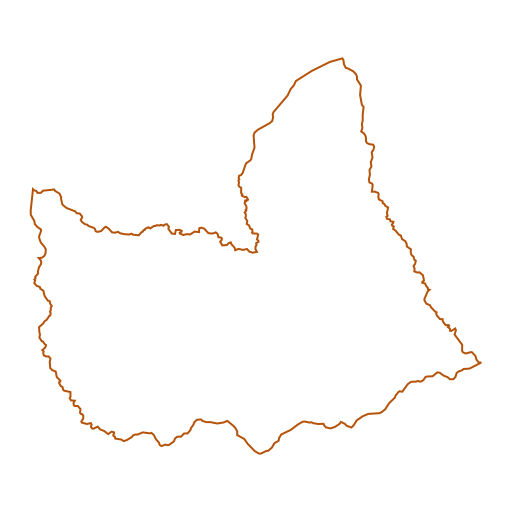 the district of Nipepe, Niassa, Mozambique
{"feature_id": "85939544B55402666252817", "entity_name": "Nipepe", "entity_type": "district", "adm_level": 2, "iso_a3": "MOZ", "parent_name": "Mozambique", "parent_adm1": "Niassa", "projection": "mercator", "projection_center": [37.842, -13.907], "detail": "fine", "context": "isolated", "style": "outline", "palette": "amber", "viewbox_px": 512, "rotation_deg": 0, "n_neighbors": 0, "source": "geoboundaries", "source_scale": "gbopen_adm2", "svg_char_len": 5984}
<svg xmlns="http://www.w3.org/2000/svg" viewBox="0 0 512 512"><path d="M329.9,61.9L311.8,70.9L295.9,81.0L293.9,85.3L290.7,89.0L287.6,95.5L273.5,112.1L272.7,114.2L273.1,117.5L272.2,121.0L269.8,123.1L257.9,129.7L254.5,132.7L253.6,135.5L254.5,147.7L252.1,154.4L251.2,159.1L250.3,160.4L246.0,163.4L242.6,173.1L241.0,175.1L239.1,175.7L238.6,178.2L239.3,179.3L238.4,180.7L239.0,182.4L238.5,185.1L239.4,186.8L241.2,187.7L241.1,193.1L242.3,194.4L241.8,195.6L244.8,197.1L246.3,196.8L248.0,199.4L247.7,200.1L246.5,200.1L246.3,201.1L245.1,200.7L244.7,203.4L246.4,206.4L246.5,208.9L245.6,210.0L246.2,210.6L244.7,212.6L245.6,213.5L245.9,216.3L245.3,217.9L247.3,221.0L246.7,223.9L249.1,225.5L250.1,228.4L252.2,229.4L252.5,231.6L252.0,232.5L252.6,233.4L256.8,233.6L258.2,234.5L257.0,239.5L258.3,240.7L258.5,241.8L256.1,243.2L256.5,245.1L255.6,246.5L255.4,248.9L256.9,251.9L252.4,252.7L249.3,251.6L247.0,249.0L243.1,249.9L238.5,248.9L235.2,250.2L234.7,247.9L231.3,244.0L230.8,242.4L228.9,243.0L226.8,245.0L222.3,245.4L220.2,241.7L221.6,239.9L221.9,238.4L221.1,237.6L218.4,237.2L217.7,234.1L216.3,232.7L215.4,232.4L213.8,233.3L210.9,233.5L208.3,233.1L204.2,228.6L201.2,227.7L199.3,228.2L199.0,232.1L194.6,231.6L190.0,234.5L187.1,234.1L183.4,235.0L179.9,233.6L179.7,232.7L181.5,231.7L181.7,230.8L179.7,229.9L175.9,230.0L175.0,233.9L171.9,233.6L168.7,229.4L168.4,228.3L169.0,226.8L166.8,224.1L164.3,224.8L163.5,225.8L161.0,224.8L159.8,225.5L156.7,225.2L155.4,226.0L154.1,225.9L150.2,228.4L148.4,227.3L145.2,228.8L144.7,230.0L143.6,230.1L142.7,231.7L141.6,232.1L138.8,235.3L133.0,234.7L131.5,233.7L129.3,234.5L124.5,234.2L120.0,233.2L118.0,231.8L115.0,232.7L112.1,232.4L108.5,228.5L106.0,226.8L104.7,227.3L101.1,231.1L97.5,231.9L95.7,231.2L94.8,228.7L93.7,227.8L88.5,226.0L87.4,224.8L84.8,224.1L81.8,221.8L80.7,219.8L82.1,217.7L82.1,216.5L79.7,213.5L76.8,213.3L75.1,211.3L66.5,208.0L62.4,204.6L61.0,198.6L61.2,197.2L59.5,193.6L55.2,191.0L54.2,189.5L42.9,190.7L41.0,192.8L37.5,192.9L36.3,190.9L34.0,190.3L33.0,189.2L30.7,210.4L30.8,214.8L34.4,221.1L34.8,224.0L37.4,227.0L41.0,229.5L40.9,231.5L39.1,236.2L39.3,238.4L40.8,242.5L44.5,246.9L45.8,249.5L45.5,253.5L44.3,255.9L42.0,257.7L38.7,258.0L40.8,260.4L41.3,262.2L40.9,264.3L39.0,267.2L37.9,271.5L38.0,273.6L35.2,276.8L35.5,278.5L34.4,279.4L35.1,280.5L34.3,283.0L36.5,285.7L39.8,287.0L40.4,288.8L43.3,290.6L44.6,295.9L47.7,300.5L49.7,301.2L50.3,304.0L51.8,306.0L50.7,307.7L50.8,310.2L50.0,311.7L50.7,313.1L50.3,315.4L49.4,315.7L46.7,319.8L44.8,321.0L43.0,323.7L39.1,327.1L39.3,331.9L40.0,334.6L39.4,337.6L41.8,341.3L43.0,341.5L44.6,344.0L46.1,345.1L45.3,347.5L42.3,350.1L43.6,351.3L43.2,353.0L43.9,355.4L46.3,356.5L48.6,356.4L50.5,358.6L49.7,361.9L50.3,368.2L52.4,370.2L55.7,371.5L56.8,377.1L60.3,380.6L60.3,381.5L59.1,382.2L59.2,383.2L60.8,386.1L62.5,387.0L63.3,390.0L64.5,390.8L70.4,392.0L70.5,396.7L69.7,398.4L71.1,400.4L74.8,400.7L73.5,402.9L73.8,405.2L74.9,406.1L77.8,406.0L80.5,409.1L80.0,412.7L81.1,414.1L82.3,414.2L83.3,415.9L83.2,418.6L81.3,421.5L81.8,422.6L87.0,424.0L90.8,423.1L91.6,424.6L90.9,426.8L92.3,428.6L93.4,428.7L97.7,426.6L100.1,429.4L104.4,431.1L108.2,434.1L111.5,431.7L113.8,432.2L114.2,433.2L113.2,435.1L113.8,436.2L114.8,436.5L115.3,438.6L121.2,439.5L123.8,441.1L127.0,440.0L131.9,437.0L132.9,435.5L135.3,434.5L137.4,434.6L142.8,432.4L150.1,433.4L151.5,432.9L154.0,435.2L155.8,439.0L158.9,442.6L159.7,444.9L161.6,446.1L165.4,444.6L167.8,445.2L169.2,444.8L173.9,441.4L175.1,438.4L177.3,436.7L181.0,436.7L184.0,433.5L187.6,433.4L190.6,429.8L190.8,428.2L193.2,425.1L194.3,422.3L196.8,419.8L201.0,419.4L202.4,420.9L206.2,422.1L210.4,422.1L217.2,423.5L223.5,422.5L227.3,420.9L233.6,426.0L235.5,428.2L237.2,431.4L237.2,435.1L244.2,438.9L247.9,444.1L255.0,451.3L259.1,453.6L260.9,453.6L266.4,450.9L268.1,450.8L271.8,447.7L274.4,443.2L278.6,440.8L279.0,438.3L281.2,434.5L290.8,429.9L298.0,424.4L302.5,421.8L304.6,421.5L309.7,422.6L311.2,422.2L313.3,423.2L318.2,424.0L323.5,423.8L324.4,425.8L326.0,427.4L330.5,428.4L335.0,426.9L339.4,424.0L341.0,421.9L344.9,423.9L346.9,425.9L351.5,427.5L354.0,424.8L356.7,420.4L362.8,416.2L368.3,413.9L379.3,413.2L381.4,412.3L385.2,409.3L389.2,403.1L394.9,397.6L395.5,395.7L398.3,392.2L399.4,391.3L402.3,391.7L407.7,384.2L411.1,381.8L416.3,381.6L418.1,380.9L419.7,381.6L421.4,381.4L423.5,380.0L425.3,377.2L426.9,376.5L432.5,376.3L437.3,372.4L439.7,372.7L443.4,375.5L447.6,377.2L449.8,379.2L453.4,379.2L455.5,376.9L456.6,373.1L458.7,371.4L461.9,370.4L463.5,369.0L469.5,368.6L481.3,362.5L479.0,362.5L477.8,361.4L476.4,359.4L475.4,355.9L472.0,352.3L470.9,352.1L465.9,353.5L462.9,352.3L462.1,350.8L462.2,344.8L454.6,334.6L455.9,330.2L455.2,328.5L451.4,330.9L450.0,330.7L449.9,328.6L447.9,327.1L449.2,325.8L448.7,325.1L446.0,325.2L444.8,324.1L442.8,321.3L442.6,319.2L440.0,319.1L436.9,315.5L436.2,314.0L436.6,312.3L435.3,311.7L430.9,307.2L430.2,305.4L426.3,303.6L424.5,300.4L424.4,299.1L427.7,291.4L429.5,289.8L427.9,289.3L427.7,287.6L426.4,286.3L425.0,283.4L422.3,282.8L422.3,281.8L424.0,280.5L423.0,275.4L419.5,272.3L417.6,272.6L414.3,271.4L414.6,268.6L413.5,266.0L415.1,264.0L415.8,260.8L414.4,259.7L413.6,256.7L411.7,255.3L410.7,252.6L410.9,249.3L406.9,246.5L406.6,243.7L405.4,241.3L402.0,239.0L400.8,235.4L399.1,234.9L395.6,230.7L393.1,228.9L393.8,226.5L392.1,225.6L391.9,224.5L393.1,223.2L393.4,221.8L390.5,221.3L389.9,219.3L387.2,219.0L386.3,216.8L387.6,215.8L386.9,213.2L388.1,207.5L385.2,205.7L384.2,203.8L382.8,203.3L382.6,201.3L378.9,199.4L378.3,196.9L378.7,194.1L378.1,192.9L374.5,191.6L371.9,191.7L372.7,184.9L372.0,183.6L369.4,182.4L368.9,179.2L369.9,174.9L369.5,170.0L371.4,166.6L370.8,162.3L372.5,157.4L371.7,152.1L373.2,150.3L374.2,147.1L373.3,144.7L369.5,144.2L367.1,143.1L366.0,141.4L366.0,137.7L365.2,135.2L363.8,133.3L361.2,131.5L362.4,127.9L361.9,124.1L362.7,120.5L362.7,114.9L363.6,107.0L361.9,104.8L360.1,95.1L360.9,85.6L357.0,79.4L356.9,76.3L356.0,74.2L353.1,71.2L347.6,68.3L345.8,67.9L344.0,64.3L343.4,60.1L342.4,58.4L329.9,61.9Z" fill="none" stroke="#b45309" stroke-width="2"/></svg>